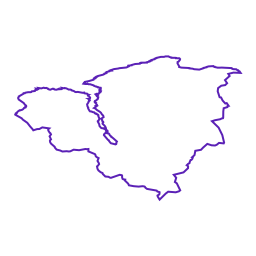 the district of Sykkylven nor, Møre og Romsdal, Norway
{"feature_id": "86288312B25663992073727", "entity_name": "Sykkylven nor", "entity_type": "district", "adm_level": 2, "iso_a3": "NOR", "parent_name": "Norway", "parent_adm1": "Møre og Romsdal", "projection": "robinson", "projection_center": [6.578, 62.336], "detail": "fine", "context": "isolated", "style": "outline", "palette": "violet", "viewbox_px": 256, "rotation_deg": 0, "n_neighbors": 0, "source": "geoboundaries", "source_scale": "gbopen_adm2", "svg_char_len": 5609}
<svg xmlns="http://www.w3.org/2000/svg" viewBox="0 0 256 256"><path d="M240.6,72.9L239.5,71.3L238.5,71.0L238.2,70.3L237.4,70.2L236.3,69.3L233.1,69.1L232.0,68.7L231.7,68.1L222.0,67.6L217.8,67.7L214.6,67.0L214.6,66.7L213.3,66.4L213.2,66.1L208.5,66.4L206.5,67.0L206.5,67.3L203.6,67.9L203.6,68.2L199.3,69.6L194.1,69.2L192.7,68.7L189.5,68.4L189.5,68.1L188.9,68.0L181.3,67.6L179.2,67.0L179.3,66.6L177.5,63.3L177.6,62.0L178.5,61.7L179.9,59.9L180.1,59.1L179.4,58.3L176.0,58.2L176.0,57.9L175.2,57.8L171.5,57.8L171.5,57.5L169.4,57.0L168.6,56.4L165.5,56.4L163.9,56.9L160.8,56.9L156.4,57.9L156.4,58.2L154.6,58.7L154.6,59.2L151.8,59.9L151.8,60.2L151.3,60.2L151.3,60.6L150.8,60.6L150.5,61.0L150.0,60.9L149.8,61.4L149.0,61.4L149.0,61.7L146.9,62.2L146.9,62.6L141.2,62.7L141.2,63.0L140.1,63.0L139.9,63.7L135.2,64.0L131.6,65.0L131.6,65.3L129.0,65.6L128.7,65.6L128.8,66.1L128.0,66.1L127.8,66.9L126.2,67.5L119.2,68.2L118.4,68.5L114.0,69.1L111.9,69.8L112.0,70.2L111.4,70.2L111.7,70.6L109.4,70.8L109.4,71.3L106.6,72.0L106.6,72.8L105.8,72.8L105.8,73.3L104.3,73.7L104.3,74.1L103.0,74.7L97.9,76.0L96.0,76.8L95.2,77.4L96.1,77.4L95.5,77.8L95.5,78.3L93.9,78.9L93.6,79.7L88.8,81.1L84.8,81.9L84.7,82.2L84.7,82.5L85.1,82.5L84.7,82.6L85.0,83.0L84.5,83.4L83.6,83.4L83.4,83.7L85.5,84.0L87.3,84.0L87.5,83.7L87.7,83.8L88.8,84.3L90.0,84.2L93.7,85.4L93.8,85.7L95.7,86.5L96.5,86.5L96.7,86.8L98.0,87.1L98.0,87.4L100.0,87.7L99.8,87.9L100.2,88.3L100.2,88.9L100.7,88.9L100.5,89.9L99.8,89.9L100.6,90.1L100.5,90.7L100.3,90.9L99.5,90.8L99.6,89.9L99.4,89.9L99.4,90.9L100.9,91.3L100.4,92.3L99.9,92.3L99.1,92.9L98.9,93.6L97.8,94.3L97.0,93.7L95.5,94.3L96.5,95.4L97.6,95.7L97.1,96.3L98.3,97.2L97.9,98.7L96.8,98.7L97.4,98.9L97.4,99.4L95.5,100.8L95.0,100.9L94.7,101.4L94.6,101.9L95.0,102.5L95.6,102.7L95.4,102.9L96.8,104.6L96.4,105.2L96.9,105.6L95.7,106.0L96.2,106.5L94.1,108.0L95.2,108.4L96.8,109.9L99.7,111.7L100.9,112.7L102.0,114.5L103.2,115.6L103.6,117.1L101.2,118.7L101.4,119.3L102.2,120.0L102.2,120.9L103.2,121.8L103.3,122.3L102.5,123.2L102.7,123.9L104.6,125.7L105.5,127.1L105.6,127.4L105.2,127.7L104.6,128.2L104.3,128.1L105.4,128.8L106.0,128.7L106.2,130.2L106.5,130.5L107.3,130.5L107.6,131.0L107.5,133.0L106.8,133.2L108.8,133.6L109.3,134.1L109.8,135.3L111.4,136.6L111.3,136.9L112.8,137.9L116.9,141.5L116.5,142.1L116.5,143.0L116.0,143.6L116.1,144.1L115.5,144.4L110.8,143.2L109.1,141.1L108.8,140.3L108.0,139.9L103.9,135.1L104.0,134.4L104.8,133.5L105.8,133.1L105.8,132.5L106.8,132.3L106.4,131.5L106.6,131.2L106.0,130.6L105.8,130.3L105.7,129.5L105.4,129.2L104.0,128.8L103.2,128.2L102.2,128.3L101.1,127.9L99.5,126.0L99.2,124.2L97.9,121.8L98.2,121.6L97.9,121.0L99.0,119.9L99.3,118.2L98.7,117.1L98.2,115.6L98.4,115.2L98.0,114.7L96.6,114.1L96.8,114.0L96.6,113.7L94.7,113.1L94.3,112.4L92.3,112.0L91.7,111.5L90.1,111.4L89.5,110.8L88.3,108.7L88.0,107.8L88.2,107.5L87.5,106.4L87.1,104.3L88.4,102.5L88.5,101.7L89.4,100.8L89.1,100.7L89.3,100.4L88.6,99.3L89.0,99.0L88.6,98.8L89.8,98.7L89.7,98.2L90.1,97.9L90.1,97.5L89.3,96.7L88.6,95.6L87.9,95.6L87.8,94.7L88.1,94.6L87.7,94.5L87.7,94.2L87.2,93.7L84.4,93.3L84.1,93.0L84.1,92.6L82.6,92.8L77.8,91.9L76.0,92.1L75.1,91.9L73.8,91.0L71.6,90.4L71.4,89.9L70.1,89.5L68.8,89.6L66.4,88.4L64.5,88.0L64.1,88.3L61.4,87.8L61.6,88.8L61.9,88.9L61.7,89.1L58.2,89.3L58.3,89.0L56.7,89.7L54.9,89.6L53.9,89.2L54.1,89.1L53.8,88.8L52.7,88.7L50.3,89.7L49.1,89.5L48.1,89.0L48.2,88.8L47.8,88.5L46.3,87.9L45.0,88.1L43.7,87.7L41.3,88.4L38.6,88.0L38.9,88.4L38.0,88.5L38.3,88.7L38.0,88.9L36.7,88.7L37.3,89.3L36.7,89.4L36.9,89.5L36.9,89.8L35.5,90.1L34.9,91.0L31.7,91.4L31.3,92.0L30.7,92.2L28.1,92.2L25.3,92.7L24.9,93.2L23.7,93.2L23.7,93.6L19.2,96.2L19.3,96.3L18.7,96.9L18.1,98.0L18.7,99.5L23.8,103.1L24.9,104.7L26.1,105.6L26.2,106.0L25.8,106.3L26.1,106.5L25.6,107.5L24.1,107.9L23.4,108.9L22.3,109.7L19.8,110.5L19.8,110.3L20.4,110.1L19.7,110.2L18.5,111.0L17.4,111.9L17.2,112.4L15.7,113.4L15.4,114.3L15.6,114.3L15.4,114.5L15.8,115.0L21.7,118.3L22.8,119.6L27.3,122.8L30.0,126.3L32.5,129.1L33.3,130.3L37.1,129.1L39.4,129.0L42.3,127.4L49.2,128.4L48.4,129.1L48.2,129.6L48.3,130.5L49.7,132.8L50.3,133.1L51.0,134.4L49.6,136.3L51.0,139.4L50.1,140.2L49.9,140.8L50.2,142.3L51.0,143.6L54.7,146.8L54.8,147.5L56.6,149.6L60.2,150.5L62.4,151.5L66.7,151.2L68.9,151.5L70.3,151.3L73.6,149.7L79.1,150.2L85.4,149.0L87.0,149.2L88.4,149.0L88.4,151.4L94.9,154.1L95.4,154.8L95.6,155.9L96.5,157.0L98.6,158.1L97.5,160.9L98.8,163.1L99.1,164.1L97.9,165.7L97.0,166.4L97.5,168.8L98.4,170.4L100.6,172.2L102.5,173.0L102.8,174.0L105.3,176.5L108.5,176.8L110.1,177.7L111.0,177.8L119.7,174.8L121.8,175.2L122.1,175.6L122.1,177.4L122.6,178.9L123.4,179.3L125.2,179.6L124.9,180.5L128.2,183.7L128.9,185.3L133.8,186.2L138.7,186.6L142.4,186.2L144.1,186.4L144.8,186.7L145.4,187.7L147.0,188.9L156.2,190.5L156.8,190.7L157.3,191.5L159.5,192.1L159.6,192.9L159.3,194.4L157.5,195.5L157.7,196.5L159.6,199.6L165.8,193.5L168.2,191.7L175.7,192.3L179.0,191.3L180.2,190.3L176.8,183.3L174.9,182.0L176.2,177.8L173.8,174.8L183.5,172.4L188.0,168.2L188.1,166.3L187.8,165.9L187.4,165.7L187.4,165.3L186.9,165.1L188.1,163.9L189.5,163.1L189.8,161.7L190.6,160.0L191.4,159.9L192.3,158.9L192.8,157.4L192.2,157.2L194.5,155.1L195.3,150.8L201.0,149.8L203.2,147.5L207.3,143.9L211.6,145.3L215.0,145.5L216.7,144.8L219.0,142.9L223.7,143.4L224.1,142.6L222.3,135.1L218.6,127.6L212.0,121.2L215.1,120.2L220.3,119.2L221.6,118.5L223.0,118.2L223.2,117.5L223.3,111.2L223.7,108.2L227.4,107.1L227.6,105.9L228.6,105.8L226.7,103.1L225.3,103.5L222.6,100.5L221.1,97.5L219.6,97.2L217.7,91.3L218.1,88.1L221.3,85.7L225.2,85.1L227.1,83.2L225.0,80.1L229.6,76.0L228.3,73.9L233.5,72.6L240.6,72.9Z" fill="none" stroke="#5b21b6" stroke-width="2"/></svg>